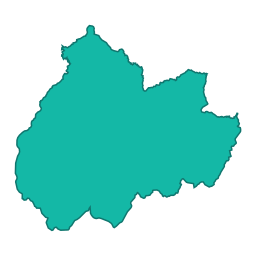 outline of Salazar, Norte de Santander, Colombia
{"feature_id": "7082276B2065946999861", "entity_name": "Salazar", "entity_type": "district", "adm_level": 2, "iso_a3": "COL", "parent_name": "Colombia", "parent_adm1": "Norte de Santander", "projection": "robinson", "projection_center": [-72.837, 7.784], "detail": "fine", "context": "isolated", "style": "filled", "palette": "teal", "viewbox_px": 256, "rotation_deg": 0, "n_neighbors": 0, "source": "geoboundaries", "source_scale": "gbopen_adm2", "svg_char_len": 5703}
<svg xmlns="http://www.w3.org/2000/svg" viewBox="0 0 256 256"><path d="M226.9,160.7L227.8,160.8L228.4,160.4L229.0,159.2L228.7,157.2L230.5,156.7L231.1,156.1L230.6,155.2L229.6,150.7L231.8,150.0L231.7,148.5L231.3,147.4L231.6,146.3L233.6,146.1L234.5,144.7L236.1,143.4L236.2,142.5L235.2,140.1L235.2,138.8L240.3,131.9L240.6,131.1L240.6,129.2L240.3,127.7L237.7,126.6L237.5,126.2L238.9,125.0L239.3,123.4L238.3,121.8L238.4,120.0L237.2,118.1L236.7,116.6L236.8,115.5L237.7,113.9L237.6,113.4L237.0,113.3L236.6,114.5L235.1,116.7L234.0,117.0L234.1,118.1L232.6,118.4L231.7,118.0L230.5,118.1L229.5,117.2L229.5,116.3L229.2,116.1L228.7,116.9L228.2,116.5L227.0,116.3L227.0,117.0L226.8,117.2L225.3,116.5L223.7,117.3L221.8,116.5L221.4,116.9L220.3,116.7L219.1,117.3L218.3,116.8L217.3,116.9L214.6,114.6L212.8,113.6L212.1,112.8L211.1,112.3L210.6,112.6L209.0,112.6L207.3,111.6L206.3,111.5L205.6,111.8L205.0,112.7L201.9,112.1L201.1,110.5L201.1,109.6L202.6,107.3L207.5,104.3L207.8,103.8L206.9,101.9L206.0,100.6L205.7,97.7L204.7,96.6L203.5,91.9L204.0,89.7L203.4,87.4L204.2,86.8L204.3,85.5L205.1,83.9L205.4,83.8L205.6,82.2L206.0,81.5L205.7,79.4L206.0,78.1L205.8,77.7L206.3,76.8L206.0,75.7L206.8,75.0L206.5,74.4L207.1,73.8L206.1,73.4L204.9,73.9L204.0,73.0L202.8,73.7L200.9,73.5L199.7,72.5L198.8,73.3L196.7,72.4L195.3,72.7L194.1,71.8L192.4,71.1L191.4,70.1L190.1,70.4L188.6,69.6L187.8,70.0L187.2,70.9L186.0,71.6L185.4,72.6L180.7,75.0L180.1,76.2L179.0,77.2L177.7,76.9L177.1,77.2L176.6,77.8L176.7,79.7L175.7,80.5L175.3,80.5L174.9,79.5L173.3,79.6L172.2,79.1L170.1,78.7L169.1,80.4L168.1,80.6L167.1,80.2L165.7,80.7L165.0,80.6L163.9,81.2L163.5,82.4L162.9,82.3L161.9,82.8L160.5,82.4L159.9,83.1L159.9,84.6L159.2,85.2L156.3,84.8L155.4,86.5L153.8,86.3L152.7,87.6L151.2,87.4L150.4,87.7L148.5,87.8L145.8,91.0L144.4,91.0L143.3,89.9L143.4,89.3L142.6,87.5L142.6,86.4L143.0,85.6L142.6,84.7L142.4,82.8L143.1,80.6L142.9,79.5L143.4,78.1L142.4,77.1L143.0,76.3L143.1,75.9L142.0,75.5L141.5,74.8L142.0,74.1L142.8,69.9L142.1,69.3L142.2,68.3L141.6,66.9L141.2,66.8L140.6,67.5L139.1,66.8L138.6,65.8L137.9,65.8L137.5,64.6L136.9,65.0L136.6,64.4L135.6,64.1L135.5,63.2L134.9,63.4L133.3,63.0L133.3,64.3L132.8,64.3L132.4,64.7L132.2,64.3L131.1,64.1L131.2,63.2L130.9,62.9L130.5,62.8L130.2,63.2L129.4,62.0L128.5,61.9L128.2,60.9L128.6,59.6L128.1,58.6L127.5,58.1L127.9,57.7L127.5,56.3L126.7,55.3L125.7,55.2L125.0,55.5L124.6,53.7L123.5,52.6L123.8,51.4L122.6,49.6L121.8,49.1L119.5,49.7L118.8,51.0L117.8,51.7L113.9,50.7L111.6,49.7L110.9,49.0L110.5,47.6L107.9,45.0L106.4,42.7L101.9,40.0L100.0,37.8L98.8,35.6L94.2,34.1L94.4,32.0L93.9,30.1L94.2,28.4L93.5,26.8L92.4,26.1L89.4,25.6L87.9,27.2L87.1,28.4L86.9,30.1L87.4,32.0L87.3,32.8L86.9,34.0L85.7,35.4L85.6,36.1L84.1,36.2L80.2,38.7L78.0,39.1L77.3,40.0L76.7,39.8L76.6,41.7L74.5,42.7L73.2,42.8L72.8,44.4L71.8,44.3L70.3,46.1L69.0,46.6L67.7,47.7L66.8,47.5L65.7,46.8L64.3,47.2L62.4,45.9L62.9,47.4L61.9,47.8L61.7,49.7L63.2,49.2L64.2,50.6L63.5,50.8L63.2,51.3L62.2,51.8L62.2,52.6L63.1,53.9L63.1,54.7L62.8,55.0L61.8,54.9L61.7,56.1L62.6,56.5L62.9,58.0L63.6,59.3L64.4,58.4L65.4,58.2L66.0,59.1L66.9,57.7L67.1,58.7L68.0,59.3L67.5,60.0L67.6,60.5L68.5,60.7L67.8,61.6L68.2,62.1L68.7,61.3L68.9,61.3L69.7,62.7L69.6,63.5L70.3,63.8L69.1,65.4L67.5,66.2L67.3,66.9L67.8,67.5L67.7,69.1L66.3,70.6L66.5,71.4L67.9,72.1L68.1,72.7L67.1,73.7L65.7,73.9L65.0,73.4L64.6,73.6L63.5,75.3L62.9,76.8L63.1,79.1L62.2,79.3L61.3,80.6L59.2,82.7L57.3,83.4L56.6,84.6L53.1,85.6L52.2,86.6L52.3,87.6L50.1,89.0L48.8,91.1L47.4,92.4L47.0,93.8L45.9,95.6L45.7,96.5L43.5,97.8L42.5,99.7L41.6,100.4L40.7,100.7L40.6,101.8L39.9,101.9L40.1,103.0L39.8,104.7L40.0,106.1L41.3,108.1L41.1,109.7L39.8,111.2L37.8,112.1L35.7,114.3L35.4,117.9L34.1,118.6L33.4,120.1L32.3,120.6L31.5,122.0L31.3,124.1L31.6,125.4L31.2,126.6L30.4,127.6L29.3,127.9L28.7,129.3L27.1,130.5L24.5,131.0L22.5,132.4L19.5,135.2L17.8,137.6L17.0,140.2L16.9,145.0L17.5,146.6L19.3,148.7L19.6,151.8L19.1,153.5L17.6,156.2L15.7,163.1L15.4,173.3L16.8,176.2L17.1,177.8L16.8,179.2L15.9,180.8L15.7,182.0L17.3,189.2L19.4,192.1L22.0,193.7L22.3,194.3L22.2,198.6L22.5,198.9L23.3,198.9L23.9,200.0L24.5,200.1L26.1,199.9L27.6,198.2L29.1,198.4L30.5,200.6L32.5,201.5L34.2,204.8L34.6,206.2L35.6,206.7L36.6,208.1L40.3,208.2L41.9,213.3L45.7,217.3L47.9,217.9L47.9,218.4L46.4,222.0L46.3,222.8L48.3,228.0L51.9,230.4L53.0,230.0L54.4,227.8L55.6,227.3L56.4,227.3L57.8,228.9L60.6,230.2L68.2,229.9L69.2,228.9L69.6,227.2L71.6,225.5L74.7,220.5L77.0,219.5L79.5,217.7L85.8,211.4L88.4,210.6L89.3,208.2L90.1,207.1L90.5,213.1L91.2,214.7L92.7,216.8L94.1,217.9L95.6,218.4L96.5,218.5L99.0,217.9L101.3,218.5L108.6,221.4L111.0,223.1L111.9,224.1L113.4,227.1L114.3,227.6L116.4,226.1L119.6,222.9L121.6,222.0L122.4,221.1L127.4,211.8L130.7,208.1L131.5,206.7L131.6,205.5L130.7,203.5L130.8,202.2L134.8,197.6L135.1,195.0L136.5,194.4L137.1,193.0L137.7,192.6L140.0,195.2L140.5,196.7L143.5,198.2L144.7,198.0L146.1,195.6L147.7,195.6L150.0,195.1L151.1,193.4L152.7,192.1L152.7,190.5L153.2,190.2L156.9,190.0L158.8,190.8L159.4,191.3L160.4,193.0L162.1,194.4L162.6,196.0L163.2,196.0L163.4,196.4L164.1,195.9L165.2,195.9L166.4,196.9L166.9,197.0L168.7,196.1L169.5,196.2L170.6,195.3L173.6,195.3L174.8,194.6L176.1,192.8L177.0,193.1L177.7,193.0L178.3,191.4L178.3,190.2L180.1,187.5L180.2,186.6L181.4,184.6L181.2,184.1L180.1,183.8L179.9,183.5L180.6,182.0L180.6,180.7L181.8,179.7L182.2,179.0L182.9,178.7L183.4,178.9L186.4,182.2L187.8,182.7L193.5,183.6L194.1,187.6L196.3,186.2L197.8,184.4L198.8,184.1L199.9,182.7L201.6,181.9L203.3,182.0L205.0,184.7L209.2,187.0L209.6,186.7L211.8,186.2L214.1,184.5L213.9,182.7L215.4,180.8L215.8,179.6L218.1,178.3L218.7,176.1L219.8,174.7L220.9,172.1L224.3,166.6L224.3,164.4L225.1,163.4L226.3,161.0L226.9,160.7Z" fill="#14b8a6" stroke="#0f766e" stroke-width="1.5"/></svg>